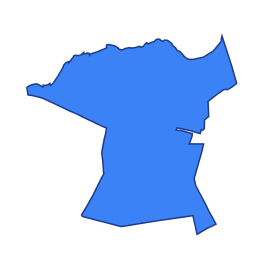 outline of Valdemārpils, Talsi, Latvia, rotated 275°
{"feature_id": "27541924B46742916089705", "entity_name": "Valdemārpils", "entity_type": "district", "adm_level": 2, "iso_a3": "LVA", "parent_name": "Latvia", "parent_adm1": "Talsi", "projection": "equal_earth", "projection_center": [22.597, 57.372], "detail": "fine", "context": "isolated", "style": "filled", "palette": "blue", "viewbox_px": 256, "rotation_deg": 275, "n_neighbors": 0, "source": "geoboundaries", "source_scale": "gbopen_adm2", "svg_char_len": 4170}
<svg xmlns="http://www.w3.org/2000/svg" viewBox="0 0 256 256"><g transform="rotate(275 128 128)"><path d="M129.4,196.8L128.8,200.4L132.5,201.2L132.1,201.5L132.4,202.7L134.1,204.1L142.6,203.5L146.2,207.0L146.3,207.4L161.5,205.4L169.8,214.3L174.3,219.7L174.7,220.3L174.9,223.6L176.9,226.7L177.8,227.9L181.9,232.3L182.1,232.3L182.3,232.2L182.8,232.0L197.6,226.4L227.9,213.6L225.5,213.2L222.5,213.4L212.2,206.3L205.2,197.1L202.0,186.9L201.7,181.9L203.6,178.5L208.7,173.1L209.7,169.9L210.6,169.3L212.1,168.4L213.1,166.6L214.2,165.2L215.9,164.3L217.8,161.5L218.7,159.9L218.8,156.8L217.8,155.5L217.5,154.4L218.2,152.8L219.1,152.1L219.2,150.1L218.7,148.6L216.9,146.9L216.1,146.2L215.9,145.3L214.6,142.5L213.5,140.7L214.6,139.2L214.4,139.0L213.4,137.9L210.5,136.0L209.8,134.5L209.8,133.5L210.2,133.3L209.9,132.8L210.2,132.4L210.1,131.2L209.5,130.3L209.0,129.1L208.4,126.8L208.1,125.8L208.0,124.0L208.1,123.0L208.0,121.5L207.5,120.2L206.8,117.8L206.3,117.3L206.1,116.9L205.8,116.4L205.5,115.5L205.1,115.2L205.2,114.6L205.8,112.7L206.0,111.9L207.2,110.8L208.5,108.0L208.9,106.3L209.0,105.4L209.4,102.1L209.5,101.5L209.4,100.7L208.9,99.4L205.9,99.6L203.7,95.6L203.2,94.4L202.4,93.0L201.6,91.6L200.9,90.1L200.2,88.6L199.7,87.1L199.0,85.5L198.3,84.0L197.1,83.4L199.1,82.5L198.9,82.2L198.9,81.8L199.1,81.3L199.1,81.1L199.2,80.9L199.1,80.7L198.9,80.5L198.9,80.4L198.7,80.2L198.5,79.9L198.5,79.7L198.4,79.5L198.4,79.4L198.3,79.2L198.3,78.9L198.2,78.8L198.2,78.7L198.2,78.3L198.2,78.2L198.1,77.9L198.1,77.7L198.1,77.4L198.6,77.3L199.0,77.3L199.3,77.3L197.9,75.8L197.6,75.5L197.1,75.4L196.1,73.5L195.9,73.1L196.0,72.7L195.7,71.2L195.9,69.3L195.1,67.6L193.4,67.0L192.9,66.9L192.6,66.5L192.2,66.0L192.1,65.9L191.8,66.0L189.8,64.7L187.9,63.5L189.0,63.3L187.9,60.7L185.5,58.7L181.6,57.5L178.2,55.8L174.8,54.3L171.5,52.6L170.2,51.8L168.8,51.1L167.4,50.3L166.0,49.5L165.4,48.9L164.7,48.4L164.2,47.8L163.6,47.1L165.7,46.3L165.6,46.2L165.3,45.8L165.0,45.5L164.7,45.2L164.4,44.9L164.1,44.5L163.9,44.2L163.8,43.8L163.7,43.4L163.6,43.0L163.5,42.6L163.4,42.3L163.3,41.9L163.2,41.5L163.2,41.1L163.2,40.7L163.2,40.3L163.3,40.0L163.3,39.7L161.4,39.5L162.8,36.5L163.9,33.9L164.0,33.5L163.9,33.2L163.9,32.7L163.9,32.4L163.8,32.2L163.6,31.3L163.5,30.9L163.4,30.6L163.2,30.2L163.2,29.8L163.0,29.5L162.9,29.1L162.8,28.8L162.6,28.4L162.5,28.0L162.3,27.7L162.2,27.3L162.0,27.0L161.8,26.6L161.6,26.3L161.4,25.9L160.9,25.3L160.7,24.9L160.5,24.6L160.2,24.3L159.9,24.1L159.5,23.8L159.3,23.7L152.2,25.5L152.2,26.2L152.1,26.5L152.1,26.8L152.1,27.1L152.1,27.4L152.1,27.7L152.1,28.0L152.1,28.3L152.1,28.6L152.0,28.9L152.0,29.2L152.0,29.5L152.0,29.8L152.0,30.1L151.9,30.4L151.9,30.7L151.8,31.0L151.8,31.3L151.8,31.6L151.7,31.9L151.6,32.2L151.6,32.5L151.5,32.8L151.5,33.1L151.4,33.4L151.4,33.7L151.4,34.0L151.3,34.3L151.3,34.6L151.2,35.2L151.1,35.8L150.9,36.9L150.7,38.1L150.6,38.4L150.5,38.8L150.5,39.2L150.4,39.6L150.3,40.0L150.2,40.4L150.1,40.7L150.0,41.1L149.9,41.5L149.7,41.9L149.6,42.2L149.4,42.6L149.3,43.0L149.2,43.4L149.0,43.8L148.9,44.1L148.8,44.5L148.6,44.9L148.5,45.3L148.3,45.6L148.2,46.0L148.1,46.4L147.9,46.8L147.8,47.1L147.7,47.5L147.5,47.9L147.4,48.3L147.2,48.6L147.1,49.0L147.0,49.4L146.9,49.7L139.4,69.8L139.6,69.8L135.5,81.1L135.3,81.0L132.1,89.8L131.8,90.7L129.0,98.0L127.4,102.4L126.1,106.6L123.4,106.4L119.2,106.0L115.3,105.3L102.9,104.1L101.2,104.2L100.4,104.3L100.3,104.1L92.8,105.8L92.6,105.8L88.7,106.4L80.1,107.8L76.0,106.0L57.1,98.6L55.6,97.9L49.6,95.2L46.1,93.6L44.5,92.8L37.3,89.3L35.9,90.3L35.6,92.0L34.8,96.8L33.0,107.0L32.6,109.6L32.5,110.6L32.2,112.5L29.9,125.5L29.2,130.1L33.5,146.9L33.6,147.2L34.8,152.1L35.1,153.3L35.4,154.3L38.9,168.5L44.3,191.8L44.4,192.4L46.4,200.3L28.1,206.1L28.6,206.8L29.3,207.8L33.3,213.3L34.6,215.1L39.9,224.1L46.6,219.6L50.7,216.8L52.1,215.9L54.4,214.5L54.7,214.3L58.8,211.9L76.5,200.4L77.4,200.3L77.5,200.2L78.7,199.8L83.5,198.3L95.3,200.6L101.6,201.8L111.5,203.7L118.7,204.7L117.5,190.4L117.7,190.5L120.8,191.3L124.5,192.4L128.0,192.6L129.3,185.6L129.8,183.6L130.2,180.6L130.0,178.1L130.3,176.1L132.4,176.8L132.2,178.9L132.0,181.2L131.3,186.1L130.8,190.7L130.4,192.6L130.2,192.6L129.4,196.8Z" fill="#3b82f6" stroke="#1e3a8a" stroke-width="1.5"/></g></svg>